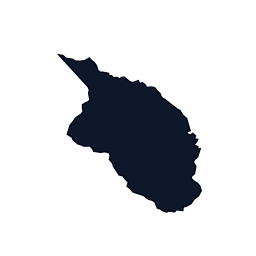 Marzagão, Goiás, Brazil, rotated 327°
{"feature_id": "56859067B67512374112148", "entity_name": "Marzagão", "entity_type": "district", "adm_level": 2, "iso_a3": "BRA", "parent_name": "Brazil", "parent_adm1": "Goiás", "projection": "albers", "projection_center": [-48.689, -17.969], "detail": "fine", "context": "isolated", "style": "filled", "palette": "ink", "viewbox_px": 256, "rotation_deg": 327, "n_neighbors": 0, "source": "geoboundaries", "source_scale": "gbopen_adm2", "svg_char_len": 1750}
<svg xmlns="http://www.w3.org/2000/svg" viewBox="0 0 256 256"><g transform="rotate(327 128 128)"><path d="M129.0,227.0L131.4,224.2L134.2,225.4L139.7,225.7L144.5,223.7L150.2,223.2L155.3,220.4L156.6,215.4L156.0,211.9L154.6,209.2L153.7,206.1L154.0,203.3L158.9,202.4L164.0,197.0L164.1,192.4L166.3,190.7L170.7,190.1L173.8,187.5L177.2,184.7L174.8,184.1L176.4,181.6L173.9,178.2L178.1,176.8L180.2,175.5L177.6,173.6L180.3,171.2L179.4,167.8L176.8,168.1L174.9,166.4L175.0,163.0L178.6,164.1L179.3,161.8L182.3,151.9L180.9,147.2L180.9,144.0L181.1,141.6L179.7,139.4L178.9,136.8L176.6,130.7L174.6,124.4L173.0,121.7L172.9,119.3L173.6,116.4L172.6,112.8L172.5,109.5L171.1,107.4L168.8,105.7L165.8,104.5L165.8,100.8L164.8,98.0L162.0,97.0L162.3,93.8L160.2,93.5L156.4,92.4L154.7,90.2L152.5,83.3L150.2,82.1L147.5,82.3L146.4,79.6L143.2,78.1L142.7,75.3L140.4,74.0L141.4,71.6L137.3,67.6L134.8,65.9L134.1,63.0L135.4,59.0L135.3,54.7L134.1,51.5L133.7,48.3L128.4,48.0L124.2,46.0L120.5,43.5L118.8,40.1L114.1,35.9L112.8,31.7L109.8,29.0L117.0,71.7L116.6,74.7L114.0,77.4L112.8,80.2L111.6,83.3L109.5,84.4L105.7,83.8L102.6,83.7L100.8,86.5L99.4,89.7L96.4,91.0L93.6,90.9L89.5,91.1L85.4,92.8L80.8,94.3L73.7,100.2L75.2,103.4L76.1,105.5L75.6,108.0L76.5,111.0L77.3,114.0L79.7,116.7L81.1,119.1L83.6,120.7L86.3,122.2L87.1,126.1L86.6,128.8L89.2,131.1L91.8,133.5L95.4,135.0L98.8,138.5L98.0,141.7L95.3,144.2L95.6,147.0L96.0,149.4L95.1,151.8L95.0,162.5L97.8,165.5L97.7,168.2L98.8,173.6L95.6,176.4L96.9,180.6L97.3,184.1L100.0,187.7L102.6,190.8L104.8,193.8L105.3,196.3L106.6,199.0L108.8,201.5L110.3,204.4L109.8,207.1L109.1,211.2L111.1,213.4L111.7,215.7L114.5,219.3L116.8,219.9L119.4,221.7L121.3,223.6L124.5,223.1L126.4,224.9L129.0,227.0Z" fill="#0f172a" stroke="#020617" stroke-width="1.5"/></g></svg>